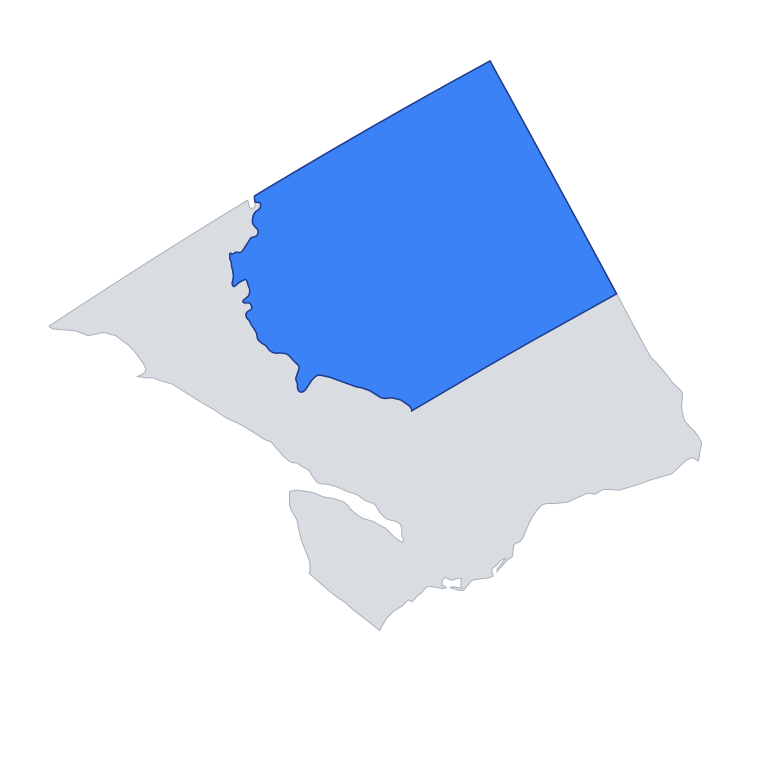 Al Wadi at Jadid on a map of Egypt (orthographic projection), rotated 149°
{"feature_id": "EGY-1550", "entity_name": "Al Wadi at Jadid", "entity_type": "Governorate", "adm_level": 1, "iso_a3": "EGY", "parent_name": "Egypt", "parent_adm1": "", "projection": "orthographic", "projection_center": [30.896, 24.831], "detail": "fine", "context": "in_parent", "style": "filled", "palette": "blue", "viewbox_px": 768, "rotation_deg": 149, "n_neighbors": 0, "source": "natural_earth", "source_scale": "10m", "svg_char_len": 7253}
<svg xmlns="http://www.w3.org/2000/svg" viewBox="0 0 768 768"><g transform="rotate(149 384 384)"><path d="M641.3,606.1L627.2,606.7L613.0,607.3L598.8,607.8L584.7,608.3L570.5,608.8L556.3,609.2L542.1,609.6L527.9,610.0L513.7,610.3L499.5,610.6L485.3,610.9L471.1,611.1L456.8,611.3L442.6,611.5L428.4,611.6L414.2,611.7L406.1,611.8L407.4,607.6L408.3,604.6L407.3,602.6L404.5,602.1L402.7,602.8L398.5,611.5L396.3,611.8L391.2,611.8L374.7,611.8L358.1,611.8L341.6,611.7L325.0,611.6L308.4,611.4L291.9,611.1L275.3,610.8L258.8,610.5L242.2,610.1L225.7,609.7L209.2,609.3L192.7,608.8L176.2,608.2L159.7,607.6L143.2,606.9L126.7,606.2L127.1,595.8L127.5,585.3L127.9,574.8L128.3,564.3L128.8,553.8L129.2,543.3L129.6,532.9L130.1,522.4L130.5,511.9L130.9,501.4L131.4,490.9L131.8,480.4L132.3,469.9L132.7,459.4L133.2,448.9L133.7,438.4L134.1,428.0L134.6,417.5L135.1,407.0L135.6,396.5L136.1,386.0L136.5,375.5L137.0,365.0L137.5,354.6L138.0,344.1L138.5,333.6L139.0,323.1L139.6,312.7L140.1,302.2L140.6,291.7L141.1,281.3L141.6,270.8L141.4,268.8L139.5,261.6L137.9,252.5L136.3,241.3L136.2,237.7L133.1,226.1L132.9,222.9L134.0,220.6L140.6,211.3L142.6,206.7L144.5,201.1L145.2,196.6L143.8,189.6L142.1,183.2L141.7,176.8L141.8,170.5L145.1,166.3L149.0,162.5L150.5,160.1L152.8,157.4L154.4,156.1L157.1,161.9L163.3,163.1L183.8,158.9L205.9,164.7L218.2,167.0L237.2,171.9L248.6,179.8L251.7,180.9L260.1,180.9L265.5,185.6L287.4,188.2L299.0,193.4L305.5,197.5L309.5,198.8L313.0,198.6L317.8,197.2L323.9,194.4L330.4,190.6L344.1,180.7L348.9,178.9L352.0,179.4L355.8,179.3L357.4,176.6L359.4,174.7L360.7,172.6L362.7,170.1L369.8,169.4L383.8,165.0L382.2,167.1L369.4,172.0L374.9,172.6L380.5,170.9L386.9,169.9L388.1,167.8L388.9,163.9L390.2,163.3L394.6,164.1L407.8,170.0L411.1,170.1L420.3,166.8L422.3,166.1L425.3,167.9L432.2,175.3L429.8,175.2L422.4,168.8L421.8,172.0L417.7,177.7L422.9,180.1L427.2,180.9L429.5,184.1L431.0,186.8L435.2,185.6L438.1,181.8L436.5,179.7L435.5,177.5L436.8,177.4L439.8,179.2L448.2,186.3L451.1,187.8L454.3,187.5L461.1,185.3L463.0,185.6L472.1,182.8L473.2,184.8L474.7,186.7L482.0,184.4L493.6,184.2L502.9,181.6L513.7,175.7L514.5,174.8L515.2,176.2L516.6,180.1L520.2,189.9L523.4,197.6L527.3,208.2L528.5,212.4L529.1,215.2L534.7,226.9L538.1,236.6L540.6,244.4L544.2,255.9L545.7,259.9L543.6,262.0L539.2,269.7L535.1,293.7L528.7,312.6L528.3,324.3L527.3,328.6L524.1,334.6L520.2,340.5L512.9,337.7L500.9,327.7L493.8,318.1L486.3,312.0L479.3,303.8L477.3,297.9L477.3,294.1L474.1,284.8L471.8,280.4L463.2,270.6L460.7,265.3L458.9,263.0L457.0,259.7L453.8,246.8L450.3,238.7L446.6,241.0L447.3,244.4L444.1,249.2L442.2,254.8L443.8,259.3L450.7,266.1L452.1,269.1L453.8,275.6L453.7,284.4L454.9,287.4L460.1,293.9L462.0,297.8L463.2,301.2L464.9,304.2L470.1,309.8L477.7,320.6L484.9,327.9L490.0,331.3L492.2,334.9L492.9,344.1L492.6,348.4L497.3,356.6L499.0,360.8L503.4,364.1L505.5,367.9L507.5,374.2L510.7,392.8L514.6,397.4L526.9,421.7L537.2,437.0L542.3,448.5L550.1,462.4L565.5,493.0L574.4,502.4L578.0,507.6L584.4,511.6L591.4,517.3L584.9,516.9L583.3,517.4L581.0,518.5L580.1,522.1L579.7,525.1L581.0,540.8L583.0,548.8L589.2,563.8L593.7,568.2L595.8,571.0L598.8,573.1L612.6,577.7L620.9,588.4L639.3,601.5L641.2,605.2L641.3,606.1Z" fill="#d9dde1" stroke="#a8b0b8" stroke-width="1"/><path d="M136.8,370.2L137.0,366.1L137.8,350.4L138.1,343.2L138.2,341.4L139.0,341.5L234.9,344.7L289.9,345.9L374.1,346.7L373.6,347.7L373.4,348.3L373.2,350.1L373.4,351.3L373.8,352.8L377.6,361.1L378.3,362.1L379.0,362.9L384.5,368.1L386.5,369.3L390.4,370.9L391.1,371.4L391.8,372.0L393.8,374.1L394.3,374.9L399.6,385.5L405.4,392.6L409.4,396.0L427.1,417.9L433.8,424.1L434.2,424.5L434.9,424.9L436.0,425.4L436.6,425.6L437.4,425.7L438.5,425.7L440.6,425.4L444.3,424.3L453.9,419.6L455.0,419.3L457.0,419.1L457.7,419.1L458.3,419.2L458.7,419.4L459.2,419.7L459.6,420.1L460.0,420.5L460.3,421.0L460.4,421.5L460.6,422.4L460.6,423.4L460.5,424.0L460.4,424.5L460.0,425.5L458.3,428.5L458.0,429.1L457.9,429.6L457.6,431.8L457.3,432.9L457.2,433.4L456.9,433.8L456.6,434.3L455.8,435.2L450.1,439.9L448.8,441.2L448.2,442.1L448.1,442.6L447.9,443.1L447.9,444.1L448.0,444.8L449.5,450.4L450.7,457.1L451.4,458.8L451.8,459.5L452.2,460.1L453.1,461.1L457.1,464.1L460.6,466.0L462.1,467.2L463.0,468.2L463.7,469.3L464.2,470.3L464.9,472.0L465.4,476.8L465.6,477.5L465.9,478.3L467.8,482.0L468.6,484.5L469.0,486.2L469.0,486.5L469.2,487.1L468.8,488.9L467.2,492.7L467.0,494.6L467.1,495.4L467.0,496.4L466.9,498.9L467.3,502.2L467.3,502.7L467.1,505.1L467.1,506.2L467.0,506.7L466.9,508.2L467.0,508.8L467.6,510.7L467.6,511.6L467.2,513.3L467.1,513.8L466.8,514.2L466.6,514.5L466.3,515.0L465.8,515.5L465.3,515.8L464.8,516.0L464.3,516.2L463.3,516.4L460.5,516.3L459.5,516.5L459.0,516.7L458.6,516.9L458.2,517.2L458.0,517.5L457.9,517.7L457.6,518.3L457.3,519.7L457.2,521.1L457.3,521.9L457.5,522.5L457.9,523.0L458.4,523.4L460.3,524.5L461.3,524.9L461.8,525.3L462.2,525.7L462.6,526.6L462.6,527.2L462.3,527.7L461.8,528.0L461.3,528.2L456.1,529.1L455.0,529.3L454.5,529.5L454.0,529.8L453.5,530.2L452.6,531.1L451.8,532.0L450.8,533.6L450.5,534.1L450.0,536.1L449.4,539.7L449.1,540.9L448.8,541.7L448.6,542.4L448.4,543.5L448.5,544.2L448.9,544.8L449.3,545.0L449.8,545.2L451.6,545.5L455.9,545.6L461.6,544.7L462.2,544.7L462.6,545.0L462.9,545.8L462.9,546.6L462.8,547.4L462.5,548.1L462.2,548.7L458.5,552.8L457.4,554.3L455.3,559.0L454.1,563.3L453.7,564.1L453.6,564.4L453.2,564.9L452.8,565.8L452.3,567.1L451.8,569.8L451.5,571.0L451.0,571.9L450.7,572.4L450.4,572.9L449.5,574.7L449.1,575.1L448.6,575.3L448.2,575.2L447.8,574.8L447.3,573.9L446.9,573.5L446.4,573.3L445.9,573.1L445.4,573.2L444.3,573.4L443.7,573.4L443.1,573.3L442.6,573.0L440.6,571.4L439.6,570.8L439.1,570.6L438.6,570.6L438.0,570.7L436.8,571.0L423.2,577.7L422.7,577.8L422.2,577.7L418.5,576.8L417.5,576.7L417.0,576.8L416.5,576.9L415.9,577.1L415.3,577.4L414.7,577.9L414.1,578.6L413.3,579.8L413.0,580.5L412.8,581.2L412.8,581.7L413.0,582.8L413.7,585.5L414.0,588.0L414.0,588.3L413.7,589.8L413.4,590.6L413.0,591.3L410.0,595.2L408.5,596.4L407.8,596.8L406.7,597.3L405.7,597.7L404.7,597.9L402.5,598.0L401.4,598.2L400.3,598.5L399.2,599.0L398.6,599.5L398.1,600.1L397.4,601.1L397.1,601.8L397.0,602.4L397.0,602.9L397.3,603.4L397.7,603.8L398.1,604.3L400.0,605.7L400.4,606.1L400.8,606.6L400.8,606.8L400.7,607.1L398.6,611.5L398.0,611.8L396.3,611.9L392.1,611.9L387.9,611.9L383.7,611.9L379.5,611.9L375.2,611.9L371.0,611.9L366.8,611.8L362.6,611.8L358.4,611.8L354.1,611.8L349.9,611.8L345.7,611.7L341.5,611.7L337.3,611.7L333.0,611.6L328.8,611.6L324.6,611.6L320.4,611.5L316.2,611.5L311.9,611.4L307.7,611.4L303.5,611.3L299.3,611.3L295.1,611.2L290.9,611.1L286.6,611.1L282.4,611.0L278.2,610.9L274.0,610.8L269.8,610.8L265.6,610.7L261.4,610.6L257.1,610.5L252.9,610.4L248.7,610.3L244.5,610.2L240.3,610.1L236.1,610.0L231.9,609.9L227.6,609.8L223.4,609.7L219.2,609.6L215.0,609.5L210.8,609.3L206.6,609.2L202.4,609.1L198.2,609.0L194.0,608.8L189.8,608.7L185.6,608.5L181.4,608.4L177.1,608.3L172.9,608.1L168.7,608.0L164.5,607.8L160.3,607.6L156.1,607.5L151.9,607.3L147.7,607.1L143.5,607.0L139.3,606.8L135.1,606.6L130.9,606.5L126.7,606.3L127.3,592.7L127.8,579.0L128.3,565.4L128.9,551.8L129.4,538.1L130.0,524.5L130.6,510.9L131.2,497.3L131.7,483.6L132.3,470.0L132.9,456.4L133.5,442.7L134.1,429.1L134.7,415.5L135.4,401.8L136.0,388.2L136.4,379.1L136.8,370.2Z" fill="#3b82f6" stroke="#1e3a8a" stroke-width="1.5"/></g></svg>